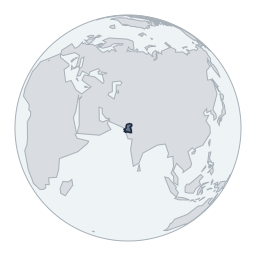 globe centered on Sind, rotated 19°
{"feature_id": "PAK-1114", "entity_name": "Sind", "entity_type": "Province", "adm_level": 1, "iso_a3": "PAK", "parent_name": "Pakistan", "parent_adm1": "", "projection": "orthographic", "projection_center": [68.493, 26.111], "detail": "fine", "context": "on_globe", "style": "filled", "palette": "slate", "viewbox_px": 256, "rotation_deg": 19, "n_neighbors": 0, "source": "natural_earth", "source_scale": "10m", "svg_char_len": 11735}
<svg xmlns="http://www.w3.org/2000/svg" viewBox="0 0 256 256"><g transform="rotate(19 128 128)"><circle cx="128" cy="128" r="113" fill="#eef3f6" stroke="#a8b0b8"/><path d="M157.1,19.2L159.9,20.0L165.3,21.8L162.1,20.8L174.0,25.2L180.6,28.5L171.6,24.2L169.5,23.4L173.2,25.2L171.8,24.8L172.8,25.6L170.8,25.1L165.7,23.0L164.4,22.7L167.0,24.0L166.7,24.6L163.0,22.7L162.1,23.6L153.5,21.0L145.1,17.5L138.8,16.8L126.0,15.6L125.6,15.8L120.5,15.9L118.2,16.3L116.5,16.2L116.1,16.6L118.0,16.6L118.5,16.8L117.3,17.1L115.0,17.1L115.2,16.9L113.9,17.0L113.2,16.9L112.9,17.2L110.1,17.2L111.0,17.7L107.3,18.2L106.0,18.1L108.5,17.4L110.8,16.7L120.1,15.6L129.4,15.4L138.7,15.9L148.0,17.1L157.1,19.2ZM96.2,19.9L99.2,19.2L96.2,20.2L91.6,21.6L89.0,22.4L86.9,23.2L87.3,23.4L80.4,26.0L72.3,30.3L70.8,31.0L71.3,30.6L79.3,26.4L87.7,22.8L96.2,19.9ZM169.4,23.3L167.3,22.4L169.9,23.4L169.4,23.3ZM173.3,25.8L174.3,26.2L174.4,26.4L173.3,25.8ZM100.7,18.8L99.9,19.0L100.7,18.8ZM102.6,18.3L102.9,18.2L103.9,18.0L103.7,18.1L102.6,18.3ZM171.4,26.0L171.2,26.4L170.5,25.6L171.4,26.0ZM102.0,18.6L105.6,17.6L107.4,17.3L108.0,17.4L102.0,18.6ZM170.5,26.4L170.0,27.7L172.3,28.7L165.6,27.1L168.2,26.3L167.1,25.0L169.0,26.0L170.5,26.4ZM119.2,16.5L117.0,16.5L120.0,16.2L119.2,16.5ZM121.0,16.3L129.3,15.7L131.9,16.1L128.6,16.1L132.9,16.5L130.1,16.9L127.1,16.8L125.9,16.4L125.7,16.9L121.0,16.3ZM162.0,26.1L161.1,26.3L161.1,25.8L162.0,26.1ZM119.0,16.9L120.4,16.7L122.8,16.9L120.3,17.4L120.3,17.2L119.0,16.9ZM135.4,16.5L136.7,16.9L134.8,17.3L135.1,17.6L130.2,17.0L135.4,16.5ZM119.2,17.3L119.0,17.7L116.8,18.0L117.7,17.2L119.2,17.3ZM124.4,16.8L125.4,17.0L124.1,17.0L124.4,16.8ZM108.8,19.4L110.5,18.9L111.9,19.0L108.8,19.4ZM119.1,17.9L119.8,17.8L120.6,17.9L120.0,18.2L119.1,17.9ZM129.2,17.4L128.1,17.5L131.1,17.6L129.8,18.1L126.8,17.7L127.5,18.0L127.1,18.2L125.1,17.7L129.2,17.4ZM121.6,18.7L117.4,18.6L113.9,19.4L112.6,19.4L118.4,18.1L121.6,18.7ZM123.9,18.2L122.2,18.5L121.4,18.1L122.0,17.7L123.9,18.2ZM130.0,18.6L132.8,18.0L133.3,18.1L130.0,18.6ZM120.8,19.0L121.8,19.0L120.6,19.1L120.8,19.0ZM127.3,18.8L128.2,18.5L128.8,18.6L127.3,18.8ZM123.2,19.4L121.8,19.3L122.2,19.0L123.2,19.4ZM125.2,19.2L125.8,19.5L123.2,18.9L125.5,19.0L125.2,19.2ZM127.8,19.0L128.4,19.0L127.3,19.1L127.8,19.0ZM122.4,20.9L119.0,20.3L119.9,19.5L123.1,20.2L122.4,20.9ZM17.8,124.3L19.3,105.5L21.4,101.0L23.8,93.9L40.0,79.7L41.1,83.2L51.3,86.9L52.1,88.6L48.5,93.5L54.1,104.9L58.8,101.6L66.4,108.9L73.0,110.9L79.7,101.2L68.9,97.7L69.4,92.0L80.0,90.5L89.8,94.0L90.3,92.0L86.2,85.8L90.5,83.0L85.0,83.5L85.7,86.0L82.3,86.5L81.4,84.3L83.0,83.2L80.6,81.5L73.8,87.2L73.8,90.3L66.3,89.0L65.5,94.2L62.8,95.7L63.0,87.4L64.6,85.0L63.3,75.2L61.0,77.6L62.1,87.1L60.8,85.8L57.7,89.6L59.1,85.7L58.5,75.2L53.2,74.0L42.8,80.8L40.4,79.8L40.1,76.0L47.5,66.6L51.9,70.0L54.6,67.2L56.9,61.6L58.0,63.2L59.5,61.5L61.5,62.7L67.3,60.3L69.8,61.2L75.1,56.5L77.0,56.5L73.4,59.2L72.1,61.8L78.7,64.7L80.8,64.2L83.7,61.0L85.1,62.4L87.1,59.0L92.3,59.5L87.6,56.3L90.9,53.0L95.6,51.5L95.8,50.0L88.1,52.5L85.8,54.1L85.1,56.3L78.1,60.8L75.2,60.7L79.4,54.2L75.8,53.5L80.6,49.1L98.5,44.2L104.5,44.4L108.1,51.5L105.0,53.0L102.2,51.2L102.1,55.8L103.4,54.0L104.6,55.4L108.0,53.0L109.0,53.8L110.6,50.3L112.2,51.1L111.2,53.3L117.6,51.0L121.8,52.2L122.8,51.3L122.6,50.0L128.0,52.7L128.5,51.9L126.9,50.7L126.9,48.5L128.8,45.7L130.6,46.8L130.1,47.9L131.7,52.1L130.2,55.3L131.1,55.5L132.9,53.0L130.9,47.8L131.6,45.9L133.0,48.1L132.5,47.2L133.4,46.6L135.9,47.1L134.6,44.6L142.1,37.7L147.7,38.4L148.1,40.9L155.2,38.3L161.0,39.9L159.5,38.7L161.9,37.1L160.1,36.5L159.6,35.9L164.9,32.3L167.5,32.6L168.2,30.3L167.4,29.8L165.5,29.4L165.6,27.1L172.3,28.7L173.7,29.7L177.0,30.3L179.6,32.8L183.3,35.4L184.3,38.3L187.2,40.4L188.1,40.4L192.7,43.5L198.8,50.3L189.7,44.6L179.6,35.9L183.4,39.2L181.3,38.6L181.8,39.9L184.6,42.5L185.7,42.7L183.6,48.4L187.7,56.8L190.5,55.2L193.9,57.0L201.0,66.7L202.3,82.9L206.9,86.7L208.3,89.8L206.8,92.6L204.7,88.1L201.7,87.3L200.7,84.5L197.6,87.9L196.1,84.2L194.4,89.0L196.9,91.6L200.2,89.7L199.4,95.9L205.0,100.0L207.5,106.3L204.4,119.8L198.6,125.2L198.6,127.4L195.3,125.8L192.4,130.9L199.7,141.0L199.9,144.4L194.5,152.2L194.1,149.8L185.4,145.6L184.8,153.8L191.5,158.9L193.8,165.9L189.1,164.7L186.6,158.6L183.5,156.9L183.7,149.9L179.7,140.2L174.9,143.0L174.6,138.8L168.5,131.0L161.2,134.7L150.2,147.0L149.8,157.6L145.5,162.5L137.5,147.6L135.6,137.2L131.6,138.2L124.2,129.3L108.5,127.9L107.2,125.0L104.0,126.0L98.9,122.6L97.3,117.9L93.8,117.7L98.4,130.2L102.3,130.5L106.8,126.4L107.3,130.7L112.3,134.9L103.4,144.1L81.5,149.7L81.0,141.5L72.6,116.8L73.8,114.4L73.8,114.1L73.8,113.6L71.4,117.2L70.5,112.4L73.2,129.2L73.0,136.0L81.2,150.1L80.0,151.1L83.2,154.2L95.1,153.2L94.8,155.8L88.2,166.8L73.1,179.3L76.0,189.9L76.5,197.9L69.2,201.0L72.0,207.3L68.5,208.1L69.7,211.3L68.1,213.5L64.6,214.7L56.5,211.1L54.3,208.1L47.6,200.4L37.7,183.0L37.9,177.0L36.5,171.0L30.8,155.0L31.9,148.3L30.8,144.3L28.3,143.2L27.2,138.4L25.9,137.2L18.8,131.9L17.8,124.3ZM31.8,88.9L30.7,90.8L31.8,88.9ZM98.5,103.4L105.4,105.1L105.1,97.9L107.8,98.1L106.7,95.7L105.1,97.4L102.9,91.1L106.9,89.8L107.5,86.9L105.2,86.2L98.2,89.7L101.3,98.6L98.5,101.0L98.5,103.4ZM69.5,31.8L70.3,31.3L68.7,32.3L64.9,34.7L62.6,36.3L69.5,31.8ZM65.5,51.8L65.2,53.5L62.9,55.0L59.8,54.6L63.0,52.3L65.5,51.8ZM65.2,55.5L70.3,49.5L72.4,49.8L70.3,50.6L71.3,51.4L68.2,52.9L65.3,59.3L63.1,61.2L58.5,58.9L61.2,58.5L61.4,56.8L65.2,55.5ZM79.3,36.7L81.5,34.9L83.3,37.7L81.1,39.1L77.8,38.6L78.6,36.6L79.3,36.7ZM102.4,19.3L103.2,18.9L103.8,18.9L103.7,19.1L102.4,19.3ZM109.5,19.2L99.9,20.9L100.3,20.5L94.3,22.4L92.9,22.2L96.8,20.9L91.2,22.4L94.2,21.2L90.3,22.4L99.2,19.6L101.7,18.8L99.5,19.7L100.7,19.8L102.0,19.6L107.4,18.7L113.4,17.4L115.5,17.6L115.5,18.1L114.4,18.4L113.3,18.1L112.6,18.8L110.3,18.7L109.5,19.2ZM113.7,27.7L113.0,26.6L111.2,29.2L108.8,28.6L108.7,28.9L106.0,29.1L102.7,30.0L101.9,29.6L100.9,30.2L99.1,30.4L97.5,31.1L95.7,30.6L93.5,31.5L93.9,30.8L90.7,32.5L92.2,31.0L90.0,31.4L89.7,32.6L83.6,29.5L79.8,29.9L75.9,31.1L79.0,28.8L84.7,26.3L91.2,24.5L94.3,24.7L95.2,23.7L96.9,23.6L95.5,24.4L98.7,23.2L99.8,23.4L105.5,22.6L109.5,21.1L111.7,20.9L110.7,21.6L113.6,21.0L113.1,22.2L114.7,22.2L115.8,23.5L113.0,25.1L114.9,25.0L115.9,26.2L113.7,27.7ZM122.6,21.3L119.7,23.0L117.0,23.6L116.2,21.0L114.8,20.9L114.2,19.6L118.1,18.9L117.9,19.3L118.7,19.6L117.1,19.7L118.9,19.8L118.7,20.4L120.1,20.7L118.8,21.1L122.6,21.3ZM54.6,87.4L55.5,88.2L57.4,88.9L55.4,91.4L54.6,87.4ZM54.1,80.2L55.1,80.4L53.3,84.0L52.3,83.3L54.1,80.2ZM57.3,77.6L55.4,80.2L55.8,78.4L57.3,77.6ZM74.5,59.3L75.9,59.4L75.4,60.3L73.9,61.2L74.5,59.3ZM107.9,36.6L107.9,35.6L108.7,35.4L110.8,33.2L112.8,33.7L112.2,35.2L107.9,36.6ZM76.9,102.4L74.1,103.8L73.5,102.6L74.6,102.3L76.9,102.4ZM63.6,97.5L65.9,100.0L63.0,98.2L63.6,97.5ZM110.4,36.8L111.0,35.8L111.6,36.7L110.4,36.8ZM114.3,34.0L115.2,34.8L113.3,33.5L114.3,34.0ZM128.6,236.7L130.3,237.2L128.3,237.2L128.6,236.7ZM94.4,200.1L90.7,212.5L85.7,211.6L83.5,207.5L83.9,199.7L89.3,198.3L91.6,194.9L94.4,200.1ZM213.7,175.9L215.8,175.4L215.6,175.9L213.7,175.9ZM211.6,175.3L214.1,174.4L211.0,176.5L211.6,175.3ZM215.0,174.0L217.6,172.0L218.7,170.8L218.4,171.8L215.0,174.0ZM209.8,176.0L199.4,179.4L195.1,179.4L196.3,177.5L203.3,175.8L209.8,176.0ZM195.9,177.5L189.1,174.5L178.6,162.4L182.4,161.9L193.2,168.3L192.5,169.9L196.7,172.6L195.9,177.5ZM211.8,163.7L211.0,168.4L205.5,170.0L202.9,170.1L201.1,165.0L202.1,161.8L204.3,161.2L211.9,148.3L214.8,149.7L212.6,154.9L214.9,157.9L211.8,163.7ZM150.4,158.6L153.5,164.5L151.0,165.7L150.4,158.6ZM214.3,140.0L211.7,145.7L213.8,138.6L214.3,140.0ZM215.1,133.7L215.7,135.9L214.1,134.2L215.1,133.7ZM199.2,130.6L196.9,131.8L196.5,130.2L199.2,127.7L199.2,130.6ZM209.3,111.8L210.6,116.5L210.6,118.3L208.9,115.8L209.3,111.8ZM127.9,41.6L122.7,43.8L120.3,46.2L120.9,48.6L117.8,46.4L121.5,42.7L127.9,41.6ZM140.1,38.0L139.5,36.2L141.2,36.6L141.6,37.0L140.1,38.0ZM138.7,37.2L135.3,36.0L135.9,34.7L138.5,35.9L138.7,37.2ZM122.7,35.8L121.0,36.4L120.6,35.6L122.7,35.8ZM214.9,199.7L215.2,199.3L213.5,201.3L216.5,197.6L213.4,201.4L214.5,199.6L213.5,200.1L198.1,212.4L195.6,213.1L198.1,210.3L199.3,204.1L200.3,203.8L201.9,198.9L212.0,190.6L219.8,178.9L223.3,177.3L227.2,168.9L230.2,167.0L228.2,172.9L229.9,173.6L234.4,160.1L232.2,170.7L231.9,171.5L228.4,179.0L224.4,186.3L219.9,193.2L214.9,199.7ZM218.8,174.0L221.9,169.2L223.4,168.1L218.8,174.0ZM237.6,149.7L237.7,153.2L237.0,154.8L236.4,153.1L234.9,157.8L232.1,160.3L233.1,157.6L233.0,154.8L229.4,156.5L228.7,155.1L230.2,152.7L227.5,152.9L230.5,149.9L231.5,153.3L233.1,148.8L235.3,147.5L237.1,146.7L238.0,148.0L237.6,149.7ZM230.0,159.2L230.5,158.8L229.9,160.4L230.0,159.2ZM239.7,142.4L239.9,140.5L239.9,141.3L239.7,142.4ZM238.3,146.8L239.5,141.3L239.7,140.9L238.8,146.2L238.3,146.8ZM239.5,139.6L239.8,139.1L239.8,140.5L239.7,141.3L239.5,139.6ZM223.9,159.4L223.7,160.6L222.8,160.2L223.9,159.4ZM225.1,158.0L227.5,157.8L224.8,159.2L225.1,158.0ZM216.4,158.3L217.3,160.7L220.1,157.6L217.9,161.2L219.6,164.8L218.8,166.8L217.2,162.8L216.3,168.2L215.0,168.6L214.5,164.6L215.9,158.7L217.2,155.9L222.2,152.7L216.4,158.3ZM225.1,154.7L224.4,151.8L224.9,149.4L225.7,150.6L225.1,154.7ZM221.9,145.1L219.5,142.3L217.7,144.6L221.0,137.5L222.8,141.4L221.9,145.1ZM219.3,137.6L217.7,139.7L219.1,135.8L219.3,137.6ZM217.1,138.7L216.5,136.1L218.0,135.8L217.1,138.7ZM220.3,137.3L219.9,132.6L221.0,134.9L220.3,137.3ZM214.9,130.4L218.7,133.4L214.3,133.3L212.4,124.7L214.2,123.7L214.9,130.4ZM213.6,91.3L212.2,89.1L213.3,87.8L213.9,89.7L213.6,91.3ZM215.5,82.5L213.1,86.8L210.9,90.6L212.4,91.2L213.4,95.7L210.3,92.6L210.6,87.0L212.5,84.9L211.2,81.3L211.6,78.2L209.1,74.2L208.8,72.1L211.7,75.1L215.5,82.5ZM207.9,72.7L203.6,65.7L206.4,65.3L207.9,66.8L208.7,70.1L207.2,70.0L207.9,72.7ZM203.4,64.0L201.9,63.9L192.4,55.5L191.1,53.7L199.8,59.5L198.8,59.9L200.7,62.1L203.4,64.0ZM162.2,26.8L161.2,26.3L162.4,26.5L162.2,26.8ZM158.5,35.6L158.0,34.7L159.4,34.8L158.5,35.6ZM157.4,32.5L156.2,32.9L156.7,32.0L157.4,32.5ZM153.5,34.2L155.3,32.9L154.7,34.8L153.5,34.2Z" fill="#d9dde1" stroke="#a8b0b8" stroke-width="1"/><path d="M130.9,124.5L130.7,125.1L130.5,125.3L130.4,125.4L130.2,125.6L129.9,125.9L129.8,126.0L129.7,126.6L129.8,126.8L130.0,126.9L130.2,127.0L130.3,127.1L130.7,127.0L130.8,127.1L130.9,127.4L130.9,127.5L130.9,127.8L130.8,128.0L130.8,128.3L130.9,128.5L131.0,128.6L131.1,128.8L131.3,128.8L131.5,128.8L131.8,128.8L131.8,129.3L131.9,129.5L132.0,129.5L132.2,129.8L132.3,130.1L132.4,130.4L132.5,130.5L132.6,130.8L132.4,130.9L132.4,131.0L132.5,131.2L132.6,131.3L132.4,131.4L132.2,131.5L131.8,131.6L131.7,131.6L131.7,131.4L131.4,131.3L131.2,131.4L131.1,131.5L130.9,131.5L130.7,131.8L130.3,131.8L130.2,131.8L130.0,131.6L129.9,131.6L129.4,131.6L129.2,131.6L128.9,131.6L128.7,131.5L128.4,131.6L128.4,132.2L127.9,132.2L127.7,132.3L127.7,132.2L127.7,132.3L127.4,132.5L127.4,132.3L127.4,132.5L127.2,132.7L127.3,132.5L127.2,132.5L127.2,132.4L127.2,132.5L126.9,132.4L126.8,132.5L126.7,132.5L126.4,132.5L126.5,132.4L126.4,132.4L126.2,132.4L126.3,132.3L126.2,132.3L126.2,132.2L126.3,132.1L126.2,132.0L125.9,132.0L125.9,131.9L125.9,131.7L126.0,131.5L125.9,131.4L125.8,131.2L125.7,131.2L125.8,131.0L125.7,130.9L125.7,130.7L125.8,130.7L125.7,130.6L125.4,130.6L125.2,130.5L124.9,130.5L124.7,130.5L124.7,130.4L124.8,130.4L125.1,130.1L125.3,130.1L125.4,129.9L125.5,129.7L125.6,129.4L125.7,129.2L125.8,129.2L126.0,128.9L126.1,128.6L126.1,128.3L126.2,128.1L125.7,127.1L125.6,126.9L125.6,125.9L125.6,125.7L125.7,125.3L125.7,125.2L125.8,125.1L125.9,124.9L126.0,124.8L126.1,124.6L126.4,124.5L126.6,124.4L127.0,124.2L127.5,123.8L127.6,123.7L127.8,123.6L127.9,123.4L128.0,123.4L128.5,123.4L129.3,123.3L129.5,123.3L129.7,123.2L129.8,123.2L129.9,123.3L130.1,123.3L130.2,123.5L130.3,123.5L130.4,124.1L130.5,124.1L130.6,124.3L130.9,124.5Z" fill="#64748b" stroke="#1e293b" stroke-width="1.5"/></g></svg>